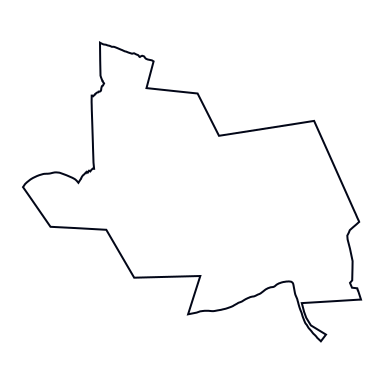 Reimerswaal, Zeeland, Netherlands (orthographic projection)
{"feature_id": "6326949B12862747379665", "entity_name": "Reimerswaal", "entity_type": "district", "adm_level": 2, "iso_a3": "NLD", "parent_name": "Netherlands", "parent_adm1": "Zeeland", "projection": "orthographic", "projection_center": [4.116, 51.444], "detail": "fine", "context": "isolated", "style": "outline", "palette": "ink", "viewbox_px": 384, "rotation_deg": 0, "n_neighbors": 0, "source": "geoboundaries", "source_scale": "gbopen_adm2", "svg_char_len": 5255}
<svg xmlns="http://www.w3.org/2000/svg" viewBox="0 0 384 384"><path d="M50.5,226.8L76.0,228.1L106.3,229.8L122.6,257.8L134.2,277.7L165.5,276.9L200.3,276.0L194.0,295.7L188.1,314.3L196.7,312.6L199.5,311.6L200.0,311.4L200.5,311.3L201.4,311.2L202.8,311.0L203.9,310.9L204.7,310.8L206.9,310.8L207.5,310.8L208.0,310.8L208.5,310.8L210.5,311.0L211.7,311.1L212.5,311.1L213.7,311.1L214.4,311.0L215.1,310.9L217.7,310.4L219.4,310.1L220.7,309.9L221.6,309.7L222.7,309.4L225.4,308.8L226.1,308.6L226.7,308.4L227.9,308.0L229.0,307.6L229.9,307.3L231.0,306.9L231.7,306.6L232.4,306.3L233.2,305.9L234.1,305.3L237.0,303.7L237.7,303.3L238.2,302.9L238.5,302.8L238.7,302.7L239.3,302.5L240.2,302.2L240.7,302.0L241.7,301.6L242.4,301.2L243.3,300.6L244.6,299.8L245.1,299.5L245.6,299.2L247.3,298.4L247.7,298.2L248.4,297.9L249.2,297.6L250.0,297.2L251.0,296.9L251.5,296.8L252.3,296.6L253.3,296.5L253.8,296.4L254.3,296.3L255.7,295.7L257.8,294.6L258.9,294.2L259.6,293.9L260.2,293.6L260.7,293.3L262.0,292.3L263.2,291.4L264.3,290.5L265.2,289.8L265.6,289.5L266.3,289.1L267.1,288.7L268.0,288.2L268.7,288.0L269.4,287.7L270.1,287.5L270.6,287.3L271.5,287.2L272.4,287.1L272.9,287.0L273.6,286.9L274.1,286.6L274.7,286.3L275.3,285.8L276.1,285.1L277.2,284.3L278.0,283.9L278.9,283.4L279.6,283.2L281.5,282.5L282.3,282.3L283.4,282.0L284.4,281.9L285.5,281.7L286.8,281.5L287.8,281.5L288.9,281.4L289.5,281.5L290.3,281.6L291.1,281.7L291.6,282.0L292.1,282.3L292.6,282.8L292.9,283.2L293.2,283.9L293.3,284.3L293.5,285.2L293.9,287.4L294.9,292.8L295.3,294.5L295.7,295.5L296.3,296.9L296.9,298.3L297.1,298.8L297.3,299.3L297.6,300.7L298.0,301.9L298.5,304.0L298.8,305.0L299.1,306.1L299.6,307.7L300.1,309.1L300.5,310.2L300.9,311.2L301.4,312.3L301.7,313.2L302.1,314.6L302.4,315.7L302.8,316.9L303.2,317.9L303.7,319.2L304.2,320.5L304.8,321.9L305.0,322.4L305.1,322.7L305.3,323.0L305.6,323.5L305.8,323.8L306.1,324.1L306.3,324.4L306.7,324.8L306.9,325.1L307.1,325.5L307.7,326.5L308.4,327.7L308.7,328.1L308.9,328.3L309.1,328.6L309.6,329.1L310.4,330.0L310.9,330.6L311.3,331.0L311.8,331.7L312.4,332.5L312.8,333.0L313.1,333.4L313.4,333.7L313.8,334.1L314.3,334.5L314.9,335.1L315.7,335.9L316.5,336.8L316.9,337.4L317.3,337.9L317.5,338.1L317.8,338.4L318.2,338.7L319.0,339.5L320.1,340.5L320.9,341.3L326.0,334.6L310.9,325.4L306.3,317.9L304.1,311.9L302.5,305.7L301.8,303.1L335.4,301.1L358.3,299.7L361.0,299.6L358.1,290.6L357.9,290.6L357.4,289.1L357.5,289.1L357.4,288.6L357.3,288.3L352.0,287.7L350.0,282.9L352.2,280.4L352.5,267.9L352.5,267.7L352.6,261.1L350.0,248.7L347.7,239.8L347.7,239.6L347.6,239.4L347.3,235.6L348.8,232.7L349.8,230.2L350.0,230.0L350.1,229.9L353.0,227.3L354.3,226.2L356.3,224.5L358.4,222.6L359.2,221.9L358.9,221.1L357.3,217.7L355.5,213.5L354.7,211.8L354.6,211.6L327.4,150.6L314.1,120.9L299.6,123.2L219.0,135.8L197.6,93.5L176.5,91.3L146.5,88.1L153.6,61.4L152.3,60.6L152.0,60.4L151.6,60.3L148.3,59.6L147.8,59.5L146.5,59.0L146.4,58.9L146.1,58.8L145.9,58.7L145.2,58.0L144.8,57.4L144.3,56.7L144.2,56.5L144.0,56.4L143.7,56.3L143.3,56.1L142.9,56.0L142.4,55.8L142.0,55.8L141.7,56.0L140.9,56.3L140.5,56.5L140.2,56.7L139.9,57.0L139.6,56.9L139.3,56.6L138.4,55.4L138.2,55.2L137.8,55.0L136.2,54.4L134.2,53.3L133.9,53.3L132.4,53.6L132.1,53.7L131.7,53.6L128.3,52.5L126.1,51.6L124.7,51.3L123.9,50.9L123.4,50.7L122.2,50.1L121.1,49.7L117.6,48.2L116.1,47.6L115.1,47.2L113.9,46.8L113.5,46.8L112.1,46.8L111.8,46.8L110.1,46.0L109.7,45.9L109.3,45.8L109.2,45.7L108.5,45.6L107.7,45.4L107.3,45.3L106.9,45.1L106.6,45.0L106.2,44.8L104.4,44.5L104.0,44.5L103.6,44.4L103.0,44.2L101.7,43.6L100.0,42.7L100.2,60.7L100.5,75.3L100.5,75.7L100.6,75.9L100.8,76.7L101.0,77.2L101.0,77.3L101.7,79.1L101.8,79.4L101.9,79.6L102.0,79.8L102.2,80.2L102.6,80.8L102.4,81.0L102.5,81.1L102.8,81.5L102.9,81.8L103.2,82.1L103.3,82.3L103.4,82.5L103.7,82.8L103.8,83.0L104.0,83.3L104.1,83.5L103.7,84.1L103.5,84.3L103.4,84.5L103.3,84.9L103.2,85.1L103.1,85.3L103.0,85.5L102.9,85.6L102.7,85.8L102.3,85.9L102.2,86.0L101.9,86.2L101.8,86.4L101.8,86.6L101.7,86.9L101.7,87.1L101.6,87.3L101.5,87.6L101.4,88.0L101.3,88.3L101.3,88.6L101.2,89.2L101.2,89.6L101.1,89.9L101.1,90.1L101.0,90.4L100.9,90.4L100.8,90.6L100.7,90.8L100.5,91.2L100.4,91.3L100.2,91.4L100.0,91.5L99.6,91.6L99.3,91.6L99.1,91.6L98.8,91.6L98.8,91.8L98.5,92.1L98.4,92.2L98.3,92.3L98.1,92.4L97.9,92.4L97.6,92.4L97.4,92.4L96.7,92.8L96.2,93.2L95.8,93.5L95.5,93.8L95.2,94.0L95.3,94.3L93.3,96.1L93.0,95.6L91.7,95.6L91.6,101.9L91.7,105.0L91.8,109.9L92.3,124.7L92.9,143.4L93.0,147.5L93.3,156.2L93.5,162.6L94.1,168.8L92.8,168.8L92.7,168.7L91.6,169.7L91.0,170.4L90.6,171.0L90.3,171.4L89.5,170.8L89.0,170.7L88.7,171.2L88.4,171.7L87.8,172.6L86.9,171.8L86.1,172.9L85.8,172.6L84.7,173.8L83.8,174.7L83.2,175.2L82.9,175.4L81.9,176.8L81.5,177.6L81.4,177.7L81.4,177.8L81.3,178.0L81.2,178.4L81.1,178.5L81.0,178.9L80.8,179.0L79.9,180.4L78.4,182.8L76.9,181.0L76.1,180.2L75.3,179.5L74.6,179.0L73.5,178.4L72.4,177.8L68.5,176.1L66.4,175.2L62.6,173.8L60.4,173.0L59.5,172.7L58.6,172.6L56.5,172.4L55.0,172.4L54.3,172.5L52.8,172.8L51.2,173.2L50.4,173.4L49.2,173.6L48.0,173.7L44.9,173.8L44.0,173.9L43.3,174.0L41.6,174.5L39.2,175.2L38.2,175.6L37.1,176.0L33.1,177.9L31.9,178.6L30.6,179.4L29.8,180.0L27.8,181.6L26.8,182.4L26.0,183.2L25.3,183.8L24.3,185.2L23.6,186.3L23.0,187.1L29.7,196.7L50.5,226.8Z" fill="none" stroke="#020617" stroke-width="2"/></svg>